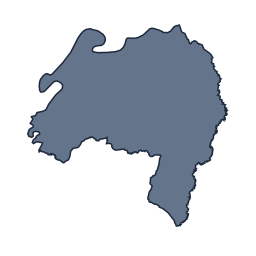 Warin Chamrap, Ubon Ratchathani, Thailand (Robinson projection), rotated 354°
{"feature_id": "78962969B43112408779315", "entity_name": "Warin Chamrap", "entity_type": "district", "adm_level": 2, "iso_a3": "THA", "parent_name": "Thailand", "parent_adm1": "Ubon Ratchathani", "projection": "robinson", "projection_center": [104.887, 15.092], "detail": "fine", "context": "isolated", "style": "filled", "palette": "slate", "viewbox_px": 256, "rotation_deg": 354, "n_neighbors": 0, "source": "geoboundaries", "source_scale": "gbopen_adm2", "svg_char_len": 5929}
<svg xmlns="http://www.w3.org/2000/svg" viewBox="0 0 256 256"><g transform="rotate(354 128 128)"><path d="M208.6,163.8L209.2,162.6L208.8,161.9L209.8,160.6L209.6,159.9L209.9,159.4L209.4,158.7L210.3,158.0L209.8,156.2L208.6,156.0L208.9,155.0L208.1,154.9L207.9,156.0L207.3,155.3L207.9,153.9L207.8,152.6L208.6,152.4L209.1,150.3L210.0,149.5L209.9,148.9L210.6,148.2L210.9,148.5L211.9,146.9L212.2,144.1L212.8,144.0L212.8,143.2L214.8,142.7L214.7,141.0L215.4,141.9L216.0,141.6L216.4,139.9L215.4,139.5L215.8,137.9L216.3,137.5L216.2,137.1L215.5,137.2L215.5,135.6L216.2,135.0L216.7,135.5L217.3,134.7L218.4,134.6L218.4,133.9L219.2,132.8L219.9,132.9L220.1,131.5L220.6,131.8L221.2,131.4L221.1,130.7L221.7,130.3L221.6,129.7L222.6,129.4L223.6,129.9L223.9,129.6L224.2,130.2L224.4,129.3L224.8,129.2L225.5,129.7L225.7,128.3L224.7,128.3L225.3,125.8L227.1,125.6L226.9,124.5L227.9,124.6L227.7,123.6L226.8,123.0L226.8,122.3L228.3,121.2L226.3,120.8L226.5,120.3L226.9,120.5L227.5,119.9L228.0,120.4L228.2,120.0L227.0,119.0L227.7,118.4L226.4,118.1L226.7,115.7L227.3,115.1L225.4,114.4L225.6,113.6L224.9,113.7L225.7,113.0L223.9,111.5L224.5,110.3L223.9,109.5L222.3,109.0L223.0,106.1L220.6,104.7L221.8,104.0L222.9,102.0L222.8,100.2L222.0,100.6L221.2,99.8L222.4,95.4L223.1,95.0L221.9,94.0L222.2,93.1L224.7,91.2L224.2,90.2L225.6,88.9L224.8,88.7L224.3,85.1L223.1,85.4L223.3,84.1L221.8,82.5L222.1,81.6L222.5,81.4L222.2,80.8L221.3,80.7L219.5,77.8L219.6,75.9L220.4,75.8L219.7,74.6L219.8,73.0L218.6,72.9L218.6,72.3L217.7,71.7L218.1,71.0L218.1,70.0L218.7,69.2L218.3,67.6L219.7,67.0L218.4,64.0L217.0,62.2L211.7,57.5L211.4,56.0L210.9,55.3L210.9,54.1L210.2,53.0L208.2,52.0L207.3,52.1L207.2,51.4L206.3,51.3L205.4,49.7L203.8,48.3L202.9,48.7L202.4,48.3L201.6,49.0L200.3,49.3L200.0,50.0L199.3,50.2L199.3,50.6L198.0,50.4L197.3,46.4L196.3,45.8L194.4,39.9L192.1,38.7L191.3,37.7L189.9,31.0L186.2,31.5L184.0,32.4L180.7,36.0L177.5,37.3L172.7,36.6L172.4,35.8L169.5,34.1L164.0,31.7L161.8,31.3L160.1,31.6L153.1,36.9L148.1,38.9L144.1,39.5L137.4,38.5L136.5,38.7L135.5,39.7L134.1,43.5L132.0,47.2L128.5,49.8L123.6,50.8L115.5,50.7L105.8,49.9L101.4,48.5L100.7,47.5L101.1,45.2L102.8,43.7L105.3,43.1L110.4,43.0L112.8,41.6L114.4,38.9L114.7,36.9L114.4,34.9L113.1,32.4L108.2,28.2L103.1,26.5L100.9,25.3L96.8,25.6L93.8,27.0L91.1,29.3L87.9,33.0L78.9,46.8L69.9,56.3L57.7,66.9L55.8,67.0L53.5,65.6L51.9,65.6L49.2,67.1L46.1,70.5L45.0,72.8L44.1,76.8L44.1,81.2L44.8,83.0L46.4,83.3L48.8,82.8L58.7,74.5L61.4,73.7L64.0,74.6L66.4,76.7L67.4,78.5L67.0,81.2L66.2,82.6L60.0,87.2L57.3,89.9L51.4,96.3L49.1,100.2L47.7,101.6L44.4,102.6L39.2,103.1L37.2,106.1L33.2,106.5L33.1,107.1L34.0,108.3L34.2,109.5L31.2,113.2L33.8,115.4L34.0,116.6L33.6,117.3L30.8,118.4L29.3,119.6L27.7,123.4L28.6,126.0L31.4,127.2L32.9,126.2L33.0,122.9L33.7,122.1L35.7,121.7L38.9,122.5L39.5,123.7L39.5,124.9L36.5,126.2L34.7,128.6L32.8,129.7L31.3,132.3L32.4,133.6L35.8,132.1L41.4,133.8L41.4,134.5L37.4,140.2L37.0,141.1L37.2,142.5L38.3,141.9L38.2,141.3L38.6,140.9L39.8,142.5L42.5,143.3L43.0,144.1L44.8,144.7L45.9,146.3L46.7,145.8L47.4,146.5L47.9,146.0L48.1,146.5L48.6,146.5L49.0,145.8L49.3,146.4L49.5,146.0L50.7,146.4L50.9,146.1L51.5,147.0L52.5,147.7L52.8,147.5L53.1,148.4L52.3,149.1L52.6,150.5L53.2,150.6L53.0,151.1L55.2,152.6L56.6,152.7L59.9,155.8L61.0,155.7L62.9,154.3L65.4,153.5L67.2,150.2L68.6,145.1L70.7,143.1L71.5,142.5L75.6,142.2L76.9,141.7L78.9,139.5L80.4,136.9L81.7,136.6L82.1,136.0L83.1,135.9L84.7,134.4L86.6,134.5L88.9,133.3L89.3,133.8L90.0,133.7L90.4,133.1L92.2,133.5L92.8,134.6L94.7,135.8L94.8,136.8L95.5,137.4L96.4,137.1L97.3,137.7L99.7,136.0L102.1,136.2L106.1,135.3L105.6,136.2L105.9,136.4L105.9,138.1L106.3,138.3L104.9,141.3L107.5,141.3L109.2,141.8L110.0,142.9L110.0,145.1L110.4,146.1L111.7,147.8L113.7,148.8L122.0,148.5L122.5,149.6L124.7,150.3L124.9,151.8L125.3,151.9L125.2,152.9L127.4,153.8L127.8,153.1L129.0,154.2L129.8,153.2L130.4,153.5L131.4,153.0L131.5,152.4L133.6,152.8L133.6,153.4L134.7,153.7L135.5,153.5L136.2,152.0L137.4,151.9L138.4,151.2L139.5,152.6L140.8,152.3L142.3,153.1L142.6,152.4L143.4,152.2L144.8,153.2L144.8,153.8L145.9,154.8L146.1,157.1L147.4,158.7L149.9,158.8L151.7,157.5L156.9,158.3L157.8,159.0L156.2,162.1L155.2,166.5L152.8,172.8L151.7,173.7L150.3,177.4L148.8,178.2L148.0,178.0L147.0,179.1L145.3,179.9L144.1,185.8L145.9,187.9L144.8,191.0L142.4,193.9L140.3,200.1L140.5,200.9L141.3,201.3L141.2,203.3L142.4,204.3L143.1,204.0L146.2,206.5L148.0,206.7L150.9,209.0L150.8,209.9L154.1,211.7L159.0,216.4L164.3,224.9L164.6,227.2L165.6,228.9L165.5,230.1L166.3,230.7L168.6,230.4L169.2,229.6L169.8,230.2L169.9,229.7L170.7,229.4L170.4,229.1L171.0,227.6L172.0,227.3L172.5,227.9L173.5,227.4L173.6,226.7L174.2,226.7L174.3,226.2L175.0,226.4L175.8,225.1L176.9,224.8L176.7,224.3L177.5,223.7L177.2,223.3L177.7,223.1L177.6,222.2L178.1,222.2L178.0,221.6L178.8,221.2L178.9,220.6L178.0,219.7L178.6,219.4L177.7,218.9L177.4,217.8L178.7,217.0L179.7,215.0L178.2,212.6L178.1,210.7L179.0,210.2L179.4,210.5L179.9,208.7L180.4,208.3L180.5,206.8L181.2,206.2L181.6,205.1L182.2,204.9L182.6,203.4L182.3,203.0L181.6,202.9L182.7,202.4L182.7,199.9L182.2,199.5L182.4,198.5L184.2,196.9L185.6,196.9L185.2,195.9L186.4,194.9L187.1,194.6L187.3,195.3L187.7,194.8L187.6,193.2L188.4,193.4L188.5,192.9L188.2,192.9L188.0,192.5L189.2,191.8L188.5,190.6L189.4,189.3L189.1,188.8L189.5,188.3L189.3,187.6L189.9,187.4L189.5,185.8L188.9,186.0L188.5,185.1L188.3,183.8L188.9,183.6L189.0,183.1L188.1,183.3L188.0,182.8L187.4,182.3L187.2,180.7L188.7,179.6L188.6,178.3L189.4,177.7L189.3,176.9L189.8,177.1L190.1,178.2L190.7,177.7L190.6,176.9L191.4,177.1L191.1,176.2L191.6,175.7L190.7,175.5L190.7,174.8L191.2,174.2L191.4,171.9L193.6,171.0L194.4,169.6L195.2,170.2L195.5,171.2L196.3,171.3L196.3,172.1L197.2,172.2L198.2,172.0L197.9,171.3L199.2,171.5L199.9,170.9L200.4,171.0L200.2,170.4L200.9,169.5L202.7,170.1L203.3,169.7L203.2,169.0L204.8,169.3L205.7,169.0L206.7,168.2L205.9,166.7L207.7,165.1L208.0,163.9L208.6,163.8Z" fill="#64748b" stroke="#1e293b" stroke-width="1.5"/></g></svg>